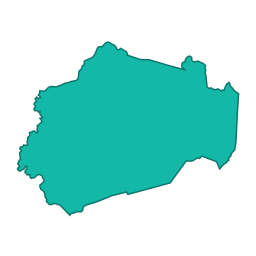 the district of Presidente Jânio Quadros, Bahia, Brazil, rotated 89°
{"feature_id": "56859067B35100201020148", "entity_name": "Presidente Jânio Quadros", "entity_type": "district", "adm_level": 2, "iso_a3": "BRA", "parent_name": "Brazil", "parent_adm1": "Bahia", "projection": "orthographic", "projection_center": [-41.74, -14.693], "detail": "fine", "context": "isolated", "style": "filled", "palette": "teal", "viewbox_px": 256, "rotation_deg": 89, "n_neighbors": 0, "source": "geoboundaries", "source_scale": "gbopen_adm2", "svg_char_len": 3181}
<svg xmlns="http://www.w3.org/2000/svg" viewBox="0 0 256 256"><g transform="rotate(89 128 128)"><path d="M143.8,20.3L114.6,18.4L95.7,16.8L94.2,18.9L93.0,20.6L91.2,22.1L89.3,23.4L88.2,24.6L87.0,25.3L85.5,25.4L84.2,26.2L85.6,28.3L87.4,29.4L88.9,30.1L91.8,31.2L91.6,33.0L92.7,34.1L91.4,35.9L90.4,37.7L91.3,39.2L91.0,41.3L90.3,42.9L89.4,44.1L89.8,46.4L88.6,48.2L76.6,49.2L74.7,50.1L72.6,49.5L70.9,49.4L69.2,49.9L66.9,49.5L65.5,50.8L64.2,52.8L63.5,54.7L62.3,56.8L62.9,59.2L63.1,61.3L61.9,62.7L60.4,63.1L58.5,63.1L57.2,64.9L57.5,66.5L58.7,68.1L61.1,69.6L62.9,69.7L63.2,71.7L64.5,72.9L67.0,73.2L68.5,72.7L69.2,71.5L70.8,70.3L66.8,84.4L60.2,105.6L59.7,114.6L55.2,127.3L52.9,127.6L51.4,128.6L50.6,130.4L49.3,132.0L48.2,134.0L49.8,135.8L49.3,137.6L47.6,138.2L45.9,139.3L44.6,140.8L44.0,142.3L43.2,143.6L42.4,144.7L41.8,146.1L42.0,147.8L43.1,149.6L44.8,151.0L46.3,152.4L46.1,154.6L46.7,156.6L48.4,157.5L50.4,158.4L53.0,159.3L55.1,160.9L56.5,162.0L57.9,164.4L58.3,166.0L59.0,167.5L59.6,169.0L60.7,170.6L63.0,170.6L64.4,171.2L65.1,172.5L66.7,173.0L68.5,173.7L69.3,175.0L70.8,176.1L72.9,176.3L75.1,176.5L76.5,176.8L78.4,177.4L79.8,179.6L80.1,181.7L80.5,184.1L81.5,186.3L81.8,188.0L82.1,189.4L82.4,191.1L83.5,192.9L84.1,194.6L84.7,196.7L85.4,198.2L85.7,199.6L85.4,201.8L85.2,203.2L85.3,204.9L86.2,207.0L88.1,208.9L89.6,210.5L89.6,213.0L89.2,215.5L92.2,216.0L93.7,217.0L94.4,215.8L96.0,214.8L97.0,217.2L95.5,218.8L97.2,220.3L98.5,219.5L99.8,219.0L100.7,220.5L102.3,221.6L104.3,220.3L106.0,220.7L107.3,221.8L109.1,220.9L109.0,218.3L110.6,217.2L110.1,215.7L112.3,215.9L114.5,214.4L116.2,213.4L116.9,215.9L118.7,214.5L120.4,214.0L121.8,215.8L123.4,217.4L124.1,218.8L125.7,218.4L128.2,219.0L129.9,218.2L131.2,219.3L129.9,220.8L129.2,222.1L130.1,224.2L131.0,226.7L133.1,226.0L134.5,226.9L135.9,228.6L137.4,228.3L140.0,229.1L142.9,228.7L143.7,230.7L143.1,232.5L144.7,233.5L145.1,235.8L146.8,236.5L148.9,235.0L150.1,236.1L151.4,236.8L153.2,236.5L155.5,236.3L157.3,236.0L158.4,237.4L160.4,238.2L161.7,238.8L163.1,237.9L165.1,237.0L166.4,239.2L168.4,238.5L169.3,236.7L168.2,235.3L167.6,233.6L166.7,232.4L165.7,231.4L164.4,230.9L164.8,229.6L166.9,229.6L168.6,231.4L170.7,231.8L171.6,230.3L173.1,229.9L173.1,226.8L174.8,226.8L176.4,226.2L176.4,224.3L175.9,222.1L174.6,220.9L173.3,219.5L173.0,217.5L173.6,216.1L174.4,214.5L176.7,214.1L177.8,213.1L179.5,212.8L181.4,214.2L182.5,215.8L183.7,217.1L185.7,217.0L187.8,216.2L189.1,214.3L190.7,212.9L192.9,212.2L195.3,212.1L196.8,211.2L198.2,210.6L200.1,210.9L201.2,209.6L202.8,208.4L203.3,206.5L202.8,204.7L202.0,203.0L202.7,201.0L203.4,199.0L203.7,197.5L214.2,187.6L212.8,186.9L212.3,185.3L212.0,183.5L211.1,181.4L210.7,179.4L211.0,177.9L210.9,176.0L209.4,174.8L207.7,174.4L205.9,174.1L204.1,170.6L203.6,168.8L202.3,164.1L201.7,161.8L195.5,145.6L191.9,130.7L194.4,129.3L184.8,91.5L183.6,86.8L162.0,70.4L162.0,68.8L162.2,67.0L162.1,64.9L161.6,63.0L160.7,61.9L159.8,60.5L159.1,58.4L159.6,56.9L157.4,54.7L158.9,50.8L163.2,40.0L170.5,37.1L169.4,35.9L168.1,35.1L167.1,34.0L165.6,32.4L164.6,30.5L162.7,29.2L162.2,27.8L160.6,28.0L159.2,27.5L158.3,26.0L156.3,25.4L154.9,24.6L153.4,23.5L152.0,21.8L143.8,20.3Z" fill="#14b8a6" stroke="#0f766e" stroke-width="1.5"/></g></svg>